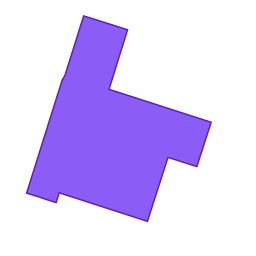 outline of Montgomery, Illinois, United States of America, rotated 18°
{"feature_id": "52423323B61876553243791", "entity_name": "Montgomery", "entity_type": "district", "adm_level": 2, "iso_a3": "USA", "parent_name": "United States of America", "parent_adm1": "Illinois", "projection": "albers", "projection_center": [-89.521, 39.262], "detail": "fine", "context": "isolated", "style": "filled", "palette": "violet", "viewbox_px": 256, "rotation_deg": 18, "n_neighbors": 0, "source": "geoboundaries", "source_scale": "gbopen_adm2", "svg_char_len": 334}
<svg xmlns="http://www.w3.org/2000/svg" viewBox="0 0 256 256"><g transform="rotate(18 128 128)"><path d="M51.7,221.3L64.3,221.1L68.0,221.2L82.7,221.2L82.6,210.9L175.3,210.8L175.1,143.6L205.4,143.4L205.3,96.9L98.0,97.1L97.2,34.7L51.2,35.1L51.8,97.4L50.6,102.7L51.7,221.3Z" fill="#8b5cf6" stroke="#5b21b6" stroke-width="1.5"/></g></svg>